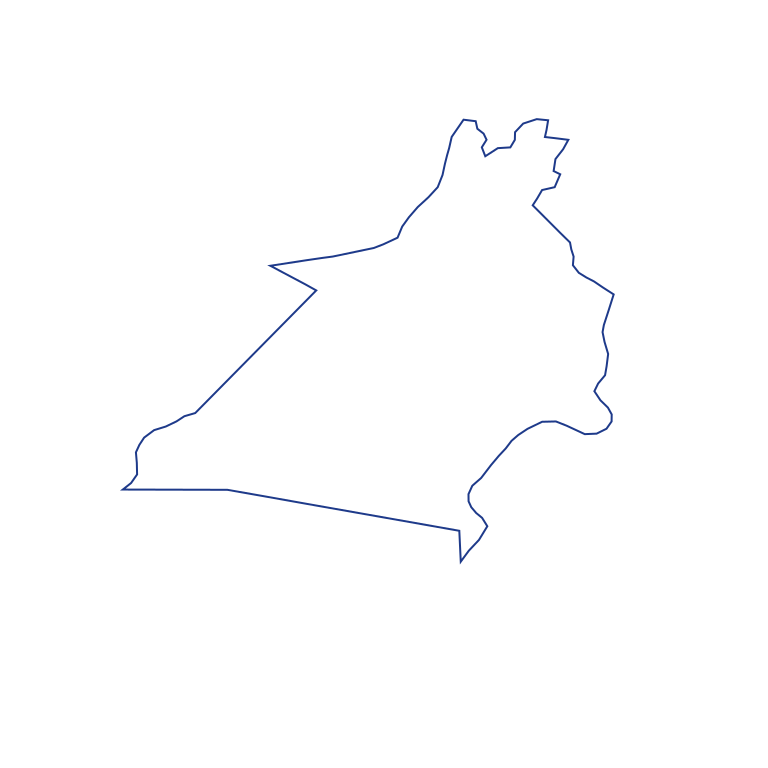 the district of Acajutiba, Bahia, Brazil, rotated 61°
{"feature_id": "56859067B79401477876310", "entity_name": "Acajutiba", "entity_type": "district", "adm_level": 2, "iso_a3": "BRA", "parent_name": "Brazil", "parent_adm1": "Bahia", "projection": "equal_earth", "projection_center": [-38.007, -11.675], "detail": "fine", "context": "isolated", "style": "outline", "palette": "blue", "viewbox_px": 768, "rotation_deg": 61, "n_neighbors": 0, "source": "geoboundaries", "source_scale": "gbopen_adm2", "svg_char_len": 1485}
<svg xmlns="http://www.w3.org/2000/svg" viewBox="0 0 768 768"><g transform="rotate(61 384 384)"><path d="M417.0,139.7L405.6,145.8L396.1,150.6L388.9,155.4L381.2,159.7L371.7,161.2L364.5,156.4L357.0,154.9L350.4,152.7L336.9,156.7L299.8,167.3L296.0,160.1L291.0,151.7L294.6,139.3L286.0,128.2L280.0,132.4L270.4,125.0L265.5,113.5L259.8,104.4L251.7,115.5L246.0,123.5L240.6,118.7L232.9,112.6L226.4,122.0L223.7,136.0L227.3,147.3L233.9,151.2L238.3,158.8L232.9,170.1L233.9,185.0L224.4,183.7L220.1,175.9L213.3,175.5L206.0,178.6L198.6,176.4L191.4,186.3L195.0,193.5L200.7,205.0L209.2,212.6L214.4,217.8L220.9,223.9L229.6,231.5L237.9,241.6L242.2,254.6L245.6,268.7L250.2,281.3L255.1,291.7L262.6,301.2L261.5,316.9L260.1,327.0L257.3,336.0L247.7,367.0L243.8,376.9L238.2,391.7L225.5,426.1L258.7,404.5L269.3,397.9L317.9,563.2L315.4,574.2L316.1,583.6L315.4,595.5L312.9,607.4L314.6,619.8L318.6,627.4L323.5,634.1L333.1,638.4L343.4,643.8L348.0,653.2L349.7,663.6L400.6,572.3L423.4,544.1L451.6,509.4L548.9,389.3L576.6,403.0L570.9,390.6L566.4,376.5L558.5,362.6L548.6,363.1L541.6,365.9L534.1,367.4L527.6,366.9L521.3,363.5L515.8,356.1L513.3,344.6L506.8,329.7L502.5,318.4L499.4,308.8L495.5,299.9L493.7,291.3L492.8,280.2L493.7,264.0L500.1,251.8L509.0,244.5L525.2,232.7L530.5,222.1L531.0,211.1L527.1,203.1L521.0,199.6L513.2,199.6L503.2,202.6L492.3,203.5L487.4,196.5L483.5,186.4L476.4,180.7L466.4,173.4L454.1,170.7L444.6,167.7L439.0,163.1L427.9,151.2L417.0,139.7Z" fill="none" stroke="#1e3a8a" stroke-width="2"/></g></svg>